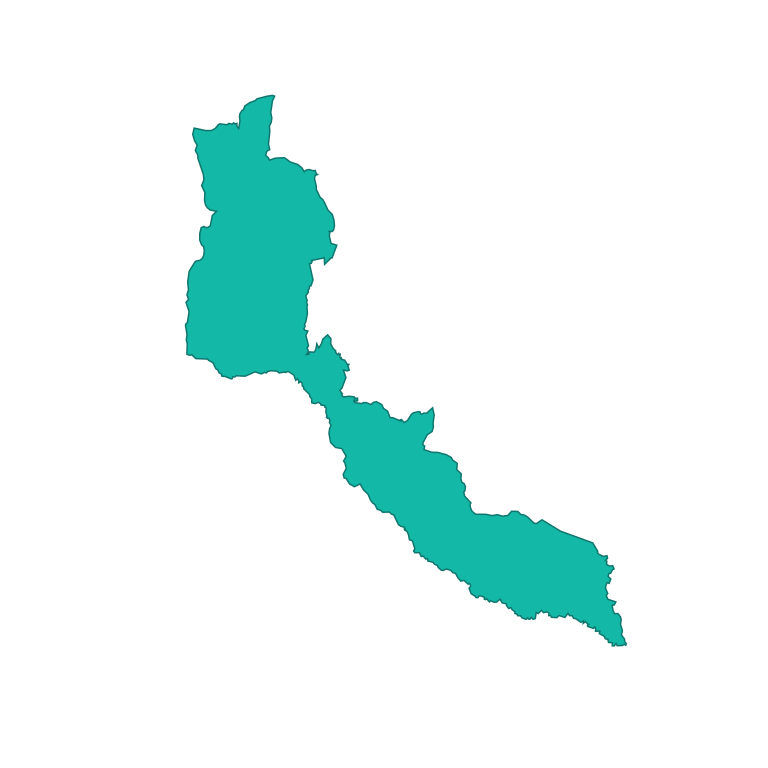 Ibarra, Carchi, Ecuador (Robinson projection), rotated 168°
{"feature_id": "8360857B37631210722611", "entity_name": "Ibarra", "entity_type": "district", "adm_level": 2, "iso_a3": "ECU", "parent_name": "Ecuador", "parent_adm1": "Carchi", "projection": "robinson", "projection_center": [-78.188, 0.517], "detail": "fine", "context": "isolated", "style": "filled", "palette": "teal", "viewbox_px": 768, "rotation_deg": 168, "n_neighbors": 0, "source": "geoboundaries", "source_scale": "gbopen_adm2", "svg_char_len": 6150}
<svg xmlns="http://www.w3.org/2000/svg" viewBox="0 0 768 768"><g transform="rotate(168 384 384)"><path d="M406.9,607.2L408.9,607.3L412.8,609.4L415.8,609.4L417.9,608.2L419.2,612.1L422.4,616.4L429.7,620.8L434.2,626.0L443.2,627.5L449.5,626.8L450.0,629.2L452.2,632.3L450.3,636.0L447.1,637.0L447.1,642.7L443.1,655.1L442.5,660.0L439.9,663.4L438.4,667.6L438.3,673.2L434.2,684.2L431.1,688.3L433.2,689.5L438.7,689.8L448.7,689.4L451.4,687.9L456.5,687.2L462.2,685.0L464.6,681.4L466.0,681.1L468.6,678.5L469.7,675.9L470.2,671.2L473.0,664.2L474.3,666.7L473.7,669.5L475.3,669.2L476.8,670.7L478.5,669.7L481.5,671.2L483.5,670.2L490.5,672.6L492.3,672.0L495.8,669.1L500.2,667.8L505.8,669.0L516.5,673.8L519.2,667.9L518.7,661.3L517.1,656.5L520.0,651.5L518.5,646.6L519.1,643.5L517.1,626.4L517.8,621.0L521.1,616.0L519.4,608.4L521.4,600.9L521.3,596.2L520.2,593.2L517.9,590.3L511.9,587.8L516.9,584.5L521.0,574.9L523.8,573.7L526.1,574.2L527.5,575.6L530.3,574.9L532.9,569.5L534.3,563.2L533.5,558.0L531.9,555.9L532.0,552.0L533.5,547.5L535.1,545.1L538.0,543.3L542.5,543.3L543.8,542.4L551.1,534.8L554.8,524.6L555.7,516.7L558.2,512.2L557.6,507.4L560.7,505.0L559.6,495.2L563.6,484.9L565.5,483.8L566.0,482.4L566.4,473.2L568.2,468.2L568.1,464.4L570.6,454.1L568.2,452.5L565.9,452.5L562.8,448.0L551.2,445.0L550.7,443.6L546.9,440.4L545.3,433.9L543.5,432.1L543.0,429.3L541.0,427.5L541.0,425.4L537.4,424.2L532.5,420.8L531.2,420.9L530.4,422.5L528.3,421.9L526.9,422.8L518.3,420.5L507.6,422.7L502.0,419.4L498.4,420.2L496.6,419.3L495.3,420.4L491.9,420.5L486.1,418.8L484.2,416.6L478.7,416.4L478.0,415.7L475.2,416.3L470.3,411.5L469.6,406.0L467.5,407.0L466.7,404.6L467.2,402.9L464.9,403.5L463.9,401.6L464.4,399.2L463.3,398.1L463.5,396.0L459.0,389.2L459.2,387.1L457.9,384.7L458.6,380.6L455.3,379.1L452.3,379.8L450.2,378.1L450.0,376.5L446.5,375.2L446.5,373.4L445.4,372.5L446.7,368.8L446.4,364.5L447.2,363.4L446.4,362.2L444.9,362.0L444.5,359.2L445.4,357.7L444.4,354.8L446.6,351.4L448.1,347.1L448.4,337.9L444.6,332.0L438.7,329.6L436.0,321.1L439.6,317.0L438.7,315.2L438.4,309.4L442.7,304.1L442.5,300.3L440.9,299.9L438.4,293.3L434.3,289.7L428.2,291.2L426.0,284.6L422.5,279.5L421.5,273.8L420.0,270.2L417.9,267.9L416.7,262.9L413.4,261.1L412.1,258.9L405.3,257.6L403.7,255.1L401.7,254.1L399.1,243.5L397.1,241.3L393.9,239.7L393.3,237.7L394.3,237.8L394.1,236.7L392.2,235.2L391.4,231.9L391.5,226.3L389.1,225.1L388.7,223.4L388.1,216.3L389.8,214.5L389.0,212.6L384.4,211.6L383.5,207.5L381.5,207.6L379.5,204.0L377.7,204.2L377.9,201.7L373.1,199.4L372.0,197.1L369.4,195.4L369.1,193.2L366.6,189.9L364.7,189.3L361.6,190.2L357.4,187.8L355.9,185.1L353.4,184.0L352.0,179.0L349.8,175.2L346.6,175.3L343.3,170.7L342.3,171.3L341.4,170.2L341.4,167.9L343.3,166.5L342.3,160.7L338.9,157.4L338.5,156.0L336.6,155.5L335.0,157.0L333.1,156.5L330.1,154.4L330.6,152.6L329.5,152.0L328.2,152.6L326.2,148.9L324.7,149.8L321.6,147.6L319.1,147.3L315.2,149.4L313.9,145.3L310.1,143.6L310.2,141.7L308.7,138.5L306.2,138.9L305.7,136.8L303.3,134.0L303.7,132.3L301.6,131.2L301.5,129.6L298.6,128.9L297.7,126.6L294.0,124.2L292.0,125.4L291.5,124.0L290.1,123.6L288.3,125.1L287.1,122.8L284.8,123.1L282.6,128.9L280.8,127.4L277.1,129.9L275.6,127.2L272.2,127.3L270.3,125.9L271.1,123.2L269.2,123.1L268.8,121.1L267.6,120.7L263.5,119.5L261.1,121.2L255.6,118.0L251.7,121.4L250.7,118.8L248.1,118.3L247.3,115.4L245.3,114.6L240.8,109.9L238.2,110.8L238.9,108.4L236.2,109.8L236.0,108.7L233.7,106.3L235.1,105.9L235.2,104.5L229.9,101.4L228.3,102.5L227.8,101.0L228.5,98.2L224.2,97.4L225.3,95.1L221.1,91.5L220.5,88.7L218.1,87.8L218.1,84.5L214.4,83.5L215.2,80.5L213.4,79.9L211.0,81.9L210.3,79.5L205.3,78.7L203.2,79.4L201.8,78.2L201.0,79.7L202.1,82.0L201.8,84.5L203.9,89.2L202.1,93.1L202.6,99.9L201.0,104.2L201.1,107.1L202.9,110.8L206.2,111.4L207.1,115.0L206.8,120.2L204.7,120.0L202.5,122.7L209.7,126.8L210.6,130.9L208.7,132.6L209.8,138.1L208.5,141.5L206.8,143.3L205.2,142.2L202.7,146.1L204.8,149.2L203.5,151.8L201.6,151.8L199.1,154.9L197.4,155.3L198.1,158.8L201.1,158.9L203.8,161.3L202.9,164.3L204.1,165.2L201.6,167.1L201.6,169.7L205.3,169.7L209.5,173.0L210.2,174.4L209.8,176.2L212.9,185.2L241.9,203.3L257.7,218.3L263.9,215.8L266.3,216.7L270.9,223.7L273.8,226.5L277.3,227.9L279.6,231.5L285.6,233.0L290.2,229.7L295.7,230.1L300.2,232.6L305.7,232.8L311.3,235.3L321.3,237.5L322.3,238.6L324.3,241.2L325.2,245.1L324.9,248.2L323.7,249.6L328.5,257.7L328.4,261.9L327.0,262.7L325.7,266.5L326.3,269.8L328.3,271.7L328.5,275.4L327.1,280.0L330.6,285.0L328.9,291.1L332.7,295.4L333.5,298.2L337.9,302.0L345.9,306.0L351.5,307.3L358.5,311.5L357.1,314.9L358.6,316.4L358.0,318.5L352.3,325.3L346.8,327.6L344.6,331.7L344.1,335.6L341.4,343.1L341.4,350.6L348.5,346.5L351.0,347.3L353.1,346.6L354.5,347.3L354.5,349.1L355.8,349.8L361.3,349.7L363.7,348.5L368.6,343.4L372.4,342.1L374.2,345.6L375.5,345.5L375.5,344.4L382.4,349.2L385.1,349.9L386.1,356.6L389.5,360.2L390.5,364.4L395.1,368.3L398.2,368.2L401.1,366.7L405.4,369.5L408.1,370.1L409.7,369.4L416.1,371.7L417.0,373.4L416.3,374.8L415.8,373.4L414.0,372.9L413.1,373.5L412.9,375.7L414.7,375.6L416.0,377.7L420.5,379.2L426.4,379.8L427.7,381.8L426.8,383.2L428.6,386.9L426.0,388.7L419.9,398.3L420.8,406.0L416.8,404.4L415.1,404.8L415.6,409.7L413.6,410.5L415.8,410.7L417.5,415.5L420.3,416.9L420.3,418.2L420.9,417.8L421.6,419.5L420.7,422.2L421.7,422.0L421.9,423.3L423.3,422.4L424.0,423.3L424.8,425.4L424.3,426.4L426.2,429.1L427.8,434.1L426.5,439.4L428.9,443.8L434.5,440.6L436.7,436.6L440.2,432.8L441.4,437.2L443.5,432.0L445.6,429.6L450.3,430.9L451.4,428.7L453.8,429.0L451.6,430.9L451.2,432.8L451.8,435.1L449.9,437.0L450.3,447.8L447.5,451.6L450.3,453.1L450.9,454.5L449.1,457.0L449.3,459.0L447.5,461.1L444.2,469.0L443.3,475.9L442.4,477.1L442.8,480.1L441.8,481.6L442.2,486.5L438.9,489.5L438.8,491.6L437.2,492.8L436.6,495.2L435.0,495.2L431.8,500.6L431.9,517.1L430.0,517.2L428.6,519.3L428.9,519.9L416.2,519.8L417.2,513.4L409.3,518.5L408.6,518.1L401.3,529.6L406.6,532.5L406.7,540.0L405.5,543.6L406.0,544.6L403.0,543.9L401.3,545.1L399.5,549.2L398.9,554.7L399.3,560.5L402.7,565.8L404.4,573.6L405.6,577.4L407.6,579.7L409.8,588.6L409.1,591.7L409.3,599.2L408.0,602.4L405.5,602.7L406.5,603.8L406.9,607.2Z" fill="#14b8a6" stroke="#0f766e" stroke-width="1.5"/></g></svg>